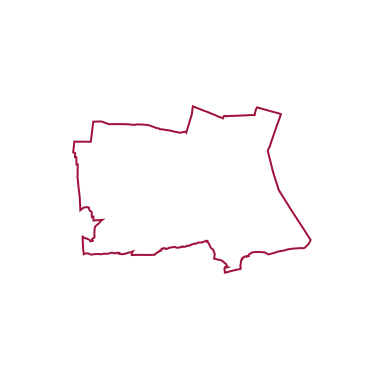 outline of Dersca, Botosani, Romania, rotated 129°
{"feature_id": "2599482B84441476848712", "entity_name": "Dersca", "entity_type": "district", "adm_level": 2, "iso_a3": "ROU", "parent_name": "Romania", "parent_adm1": "Botosani", "projection": "robinson", "projection_center": [26.235, 47.983], "detail": "fine", "context": "isolated", "style": "outline", "palette": "rose", "viewbox_px": 384, "rotation_deg": 129, "n_neighbors": 0, "source": "geoboundaries", "source_scale": "gbopen_adm2", "svg_char_len": 5987}
<svg xmlns="http://www.w3.org/2000/svg" viewBox="0 0 384 384"><g transform="rotate(129 192 192)"><path d="M308.4,237.0L307.6,236.7L306.4,235.7L305.0,233.8L304.5,231.8L303.6,230.4L301.4,228.4L299.7,226.4L298.1,224.3L297.5,223.3L295.6,221.8L294.6,220.7L294.0,219.5L293.1,218.8L292.3,218.1L291.7,217.6L290.8,217.2L290.5,216.9L290.1,216.6L289.7,216.1L289.1,215.2L289.1,214.5L288.6,214.0L288.3,213.6L287.3,212.4L286.5,212.1L285.9,211.5L285.7,211.2L285.5,210.7L285.2,210.3L286.0,209.9L285.0,208.5L284.8,207.8L284.4,207.1L282.9,206.0L282.3,205.1L281.0,204.5L280.1,203.9L280.0,203.6L278.4,202.7L277.7,201.9L276.0,200.9L275.5,200.6L276.5,200.5L277.1,200.3L277.6,200.0L278.9,199.1L275.0,194.6L268.3,186.2L264.3,181.5L263.5,181.7L263.0,181.4L261.6,181.2L260.7,180.7L260.0,180.7L259.3,180.3L259.0,180.1L258.5,180.2L258.0,180.2L257.7,180.1L257.4,179.8L257.3,179.5L257.3,179.2L257.1,179.1L256.7,179.2L255.7,179.8L255.3,179.8L254.9,179.8L254.4,179.3L254.1,178.7L253.0,178.3L252.8,177.7L252.7,177.3L252.9,176.7L252.8,176.3L252.0,175.9L251.2,175.3L250.0,174.9L249.3,174.3L249.0,173.8L248.1,173.3L246.8,172.1L246.4,171.7L245.8,171.0L245.4,170.7L245.4,169.9L245.1,169.4L244.7,168.4L244.2,168.1L243.7,167.5L243.1,167.1L242.9,166.7L242.6,166.5L242.3,166.2L241.9,166.2L241.5,165.7L240.9,165.3L240.7,165.3L240.2,165.2L240.0,164.3L240.0,163.9L239.6,163.7L238.1,162.4L237.9,162.3L237.3,162.3L236.9,162.1L236.7,162.0L236.6,161.6L235.9,160.8L235.8,160.6L235.2,160.4L235.0,160.1L234.6,159.9L234.0,159.8L233.7,159.5L232.9,159.2L232.4,158.8L232.1,158.7L231.5,158.0L230.7,157.9L230.2,156.9L230.0,156.7L229.7,156.6L229.1,156.1L228.8,155.8L228.5,155.7L227.9,155.7L227.3,155.2L227.0,154.8L226.5,154.4L225.5,153.1L224.7,152.3L223.0,151.5L222.4,150.9L221.6,150.5L221.2,150.4L221.3,150.0L221.0,149.8L220.4,149.5L220.3,149.3L220.3,149.1L220.5,148.9L220.8,148.7L221.0,148.7L221.3,148.5L221.2,148.2L221.0,147.7L221.1,147.3L221.4,146.8L221.9,145.6L223.2,143.1L223.5,142.0L223.5,140.3L223.4,139.4L224.7,137.3L225.6,135.8L226.0,135.2L226.3,135.0L226.9,134.7L227.8,134.1L229.9,132.9L229.2,131.6L228.3,129.4L228.0,128.9L227.7,128.6L227.3,127.8L227.2,127.3L226.4,124.9L226.4,124.2L226.6,121.9L226.5,121.0L226.6,119.9L227.0,119.1L227.3,118.6L228.2,117.5L228.2,117.3L228.0,116.9L228.7,117.3L228.7,118.5L228.9,118.7L229.1,118.9L229.8,118.9L230.6,118.7L231.1,118.6L231.6,118.3L231.9,117.6L233.5,116.2L234.0,115.7L233.5,115.2L228.6,111.7L224.4,108.5L222.4,106.8L221.4,105.8L221.1,105.9L219.9,106.9L219.5,107.3L219.2,107.8L219.0,108.0L218.1,108.4L217.0,108.9L216.6,109.2L215.8,109.9L214.4,110.7L213.7,110.7L213.3,110.5L212.9,110.5L212.3,110.9L212.2,111.3L211.8,111.2L210.7,111.0L210.6,110.8L210.6,110.7L210.2,110.5L209.5,110.6L209.3,110.5L209.2,110.3L208.2,109.8L207.2,109.0L207.3,108.9L206.9,108.7L206.7,108.5L206.8,108.5L207.1,108.3L206.3,107.9L206.1,107.6L205.4,108.2L204.8,108.3L204.2,108.3L203.3,108.0L202.5,107.6L201.6,107.5L199.4,105.7L196.9,102.8L196.1,101.7L195.2,100.5L193.4,97.8L193.0,96.6L192.8,95.2L192.4,93.5L192.1,93.0L191.7,92.7L190.5,91.9L187.0,89.4L184.4,87.9L183.2,86.9L182.3,86.0L179.1,83.4L178.2,82.7L176.0,81.3L175.0,80.1L174.2,79.4L173.6,79.0L173.0,78.6L172.3,77.7L170.9,76.2L167.5,72.6L165.9,70.5L165.3,69.8L164.8,69.5L164.2,69.3L160.4,68.8L158.1,68.8L156.1,69.2L154.6,69.7L150.5,82.0L143.2,104.6L135.9,125.7L125.6,141.4L112.1,159.3L107.5,160.2L105.0,161.3L87.7,167.6L75.6,171.8L75.8,172.9L76.0,173.3L80.7,184.0L80.8,184.2L80.8,184.4L80.9,184.5L81.2,185.2L81.8,186.6L84.6,193.1L85.2,194.6L87.1,194.4L88.6,193.9L92.9,191.7L95.0,194.5L98.2,198.0L100.1,200.1L101.3,201.6L105.5,206.2L108.8,210.2L111.3,212.9L111.6,212.9L112.2,214.5L112.4,214.7L112.8,215.0L114.5,214.6L114.9,214.4L115.3,214.3L115.6,215.7L116.8,218.9L117.9,223.3L118.4,224.6L119.9,229.8L120.7,232.1L121.4,234.1L123.3,240.4L124.1,242.5L124.9,245.3L131.1,241.4L132.1,240.9L149.3,233.9L149.2,234.2L149.2,234.4L149.7,235.0L149.7,235.6L149.9,235.7L150.1,236.0L150.8,236.3L151.3,236.9L151.8,237.4L153.1,238.1L153.5,238.4L153.5,238.8L154.4,240.4L154.6,241.0L155.1,241.7L155.6,242.7L156.0,243.3L156.6,244.5L157.0,245.8L158.1,247.6L158.6,248.7L159.8,250.7L160.2,251.2L161.8,254.2L162.6,255.4L163.1,255.9L163.4,256.3L163.5,256.7L163.4,257.4L163.4,257.6L163.8,258.4L164.3,259.2L165.0,260.9L165.7,263.2L166.2,264.4L166.5,265.3L166.9,266.6L167.1,267.4L167.9,268.5L169.0,270.4L169.6,271.2L171.0,273.3L172.2,274.7L172.5,275.3L173.4,276.5L174.8,278.0L175.8,278.8L176.4,279.6L176.8,280.0L177.2,280.7L178.0,281.7L178.7,283.0L179.4,284.0L179.6,284.5L180.9,285.9L181.9,287.3L182.9,288.6L183.5,289.4L184.9,291.0L185.7,292.2L187.4,294.2L187.7,294.4L188.2,295.1L188.5,295.6L189.6,296.8L189.8,297.2L190.4,297.9L191.1,298.6L191.5,299.2L191.8,299.7L192.1,300.6L192.2,301.4L192.2,301.7L193.0,303.2L193.6,304.9L193.7,305.8L193.9,306.2L195.7,308.7L197.2,310.3L198.4,311.7L199.5,313.0L216.6,302.3L219.0,305.2L222.4,309.5L224.5,312.1L226.2,314.2L226.7,315.2L236.0,309.3L235.4,308.2L235.2,307.6L235.4,307.2L236.1,306.8L238.4,305.0L238.6,304.8L238.5,304.5L237.8,303.7L243.3,299.1L242.5,298.1L247.1,294.6L250.8,291.5L252.2,290.6L253.2,289.7L253.6,289.4L254.0,288.7L254.4,288.3L256.3,286.5L261.4,281.5L262.6,280.1L263.9,278.9L265.9,276.8L268.4,274.4L270.1,273.0L272.1,271.1L276.4,267.3L273.7,266.8L272.3,266.3L270.9,265.3L269.5,263.5L269.1,262.4L269.5,262.3L270.9,259.4L270.6,258.0L270.6,257.5L270.9,257.1L271.8,256.4L272.6,255.8L272.7,255.6L272.9,255.3L273.7,254.8L273.9,254.5L274.4,254.1L273.8,253.6L274.0,253.5L273.3,253.0L276.2,250.6L275.7,250.2L273.9,248.2L273.0,247.3L271.9,246.1L270.1,244.2L271.3,244.5L275.0,244.7L276.8,245.0L278.6,245.4L279.0,245.5L279.7,245.4L281.4,244.8L281.9,244.6L282.4,244.1L285.3,242.1L287.9,239.8L288.4,239.4L288.7,239.3L289.0,239.3L291.5,240.0L291.8,239.8L292.1,239.3L292.1,239.0L292.3,238.4L294.3,239.9L293.8,241.0L293.8,241.9L293.8,242.2L294.1,243.0L294.2,243.7L294.5,244.6L294.9,245.3L295.0,245.9L295.3,246.4L295.6,246.9L295.3,248.9L295.4,249.0L295.7,248.8L301.4,243.8L305.1,240.4L308.4,237.0Z" fill="none" stroke="#9f1239" stroke-width="2"/></g></svg>